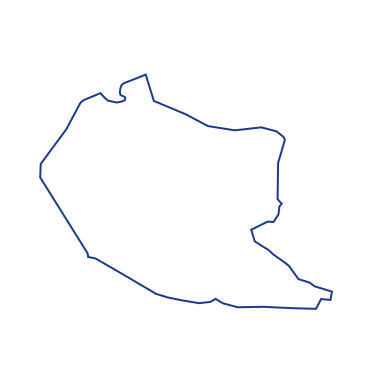 Rabak, White Nile, Sudan, rotated 99°
{"feature_id": "16777658B74989991978894", "entity_name": "Rabak", "entity_type": "district", "adm_level": 2, "iso_a3": "SDN", "parent_name": "Sudan", "parent_adm1": "White Nile", "projection": "orthographic", "projection_center": [32.773, 13.435], "detail": "fine", "context": "isolated", "style": "outline", "palette": "blue", "viewbox_px": 384, "rotation_deg": 99, "n_neighbors": 0, "source": "geoboundaries", "source_scale": "gbopen_adm2", "svg_char_len": 1074}
<svg xmlns="http://www.w3.org/2000/svg" viewBox="0 0 384 384"><g transform="rotate(99 192 192)"><path d="M272.4,284.4L272.6,280.1L272.7,277.1L281.3,254.7L291.9,227.6L298.3,211.3L299.9,199.5L300.3,191.7L300.6,184.7L300.7,167.6L297.7,156.7L293.9,152.0L297.1,143.9L298.7,128.8L295.4,110.2L294.6,105.7L294.2,103.3L292.4,86.9L290.8,72.9L288.0,51.3L277.5,47.7L276.9,38.3L268.5,38.2L266.0,56.1L263.1,61.6L261.4,73.2L249.7,84.8L245.7,92.2L241.1,101.7L237.1,107.7L234.7,113.7L230.9,122.3L220.0,127.6L209.4,112.6L208.9,106.8L200.7,103.1L192.6,103.4L189.4,101.5L188.9,102.1L186.9,105.0L185.4,106.4L149.8,111.5L125.9,108.4L123.3,110.2L118.9,118.0L117.3,133.6L124.4,159.4L124.4,186.6L116.4,209.8L108.0,243.9L83.3,256.1L94.1,274.4L95.5,276.7L97.9,278.4L101.4,279.0L105.3,278.7L107.3,277.8L107.9,276.1L108.6,273.3L109.9,272.5L111.8,272.7L113.0,274.4L114.1,276.8L115.4,280.4L114.9,289.3L113.0,292.4L108.7,298.0L114.7,307.7L117.4,312.2L119.9,315.1L122.1,316.4L149.6,325.9L187.9,345.8L201.4,344.2L261.1,292.3L268.8,285.6L272.4,284.4Z" fill="none" stroke="#1e3a8a" stroke-width="2"/></g></svg>